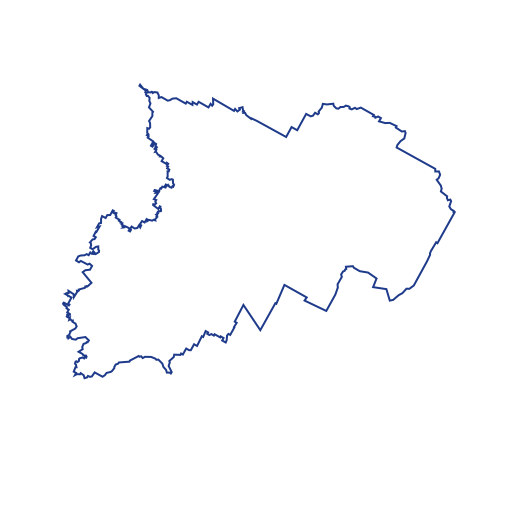 outline of Toowoomba, Queensland, Australia, rotated 201°
{"feature_id": "25037944B99590448240631", "entity_name": "Toowoomba", "entity_type": "district", "adm_level": 2, "iso_a3": "AUS", "parent_name": "Australia", "parent_adm1": "Queensland", "projection": "mercator", "projection_center": [151.96, -27.48], "detail": "fine", "context": "isolated", "style": "outline", "palette": "blue", "viewbox_px": 512, "rotation_deg": 201, "n_neighbors": 0, "source": "geoboundaries", "source_scale": "gbopen_adm2", "svg_char_len": 6095}
<svg xmlns="http://www.w3.org/2000/svg" viewBox="0 0 512 512"><g transform="rotate(201 256 256)"><path d="M248.1,422.0L247.7,418.1L249.3,413.3L248.4,412.0L249.1,410.4L252.2,410.9L253.1,407.4L255.0,406.0L260.1,406.6L262.6,388.2L269.0,389.1L270.5,377.9L303.4,382.4L309.7,382.9L309.7,382.3L315.5,384.0L317.5,385.7L319.1,385.1L319.1,386.4L319.7,386.3L319.4,387.0L320.2,387.2L321.9,390.1L324.7,388.0L323.5,386.9L325.2,384.3L328.2,385.8L328.5,383.6L352.5,387.5L350.3,382.3L350.8,380.6L352.9,381.8L353.6,377.7L364.8,379.4L365.4,376.2L370.3,377.0L369.5,374.3L375.9,375.2L376.2,373.1L387.0,374.7L390.5,372.9L392.2,370.6L394.1,369.4L401.2,370.5L403.4,368.7L404.4,371.2L406.6,373.3L409.4,372.7L410.7,371.3L411.2,372.0L412.5,371.8L412.8,371.0L415.3,370.2L417.1,372.0L421.1,371.8L425.6,374.4L425.8,373.1L418.1,370.9L418.0,369.1L416.5,368.9L416.7,367.4L415.3,366.2L414.3,366.8L412.0,365.5L411.2,362.6L409.2,360.6L409.2,356.4L403.8,353.7L404.1,352.7L402.9,349.5L404.2,343.7L402.6,342.3L400.9,338.2L401.4,336.5L403.3,336.4L401.7,332.0L399.3,330.7L400.9,330.9L401.2,329.7L399.2,329.4L399.5,327.7L392.9,326.1L393.6,321.3L391.8,321.0L391.1,325.1L389.4,324.8L389.1,322.3L387.5,322.0L387.8,320.3L388.9,320.5L389.1,319.6L387.1,319.3L387.4,317.2L386.8,317.6L383.9,315.5L381.3,315.3L381.4,314.5L379.6,314.8L377.6,314.0L378.1,310.7L373.0,309.9L372.8,311.1L371.0,310.6L371.4,308.1L370.1,307.9L370.4,306.0L367.9,305.6L367.8,303.7L368.9,303.4L367.0,298.7L367.1,296.9L363.9,296.2L362.3,297.5L361.0,297.5L359.5,294.2L358.0,293.1L358.1,291.0L359.0,291.2L359.3,289.5L361.4,289.5L363.4,290.8L363.5,290.1L365.8,290.4L366.0,289.1L364.8,289.0L365.0,287.5L368.3,287.2L368.6,285.0L369.5,285.1L370.0,281.7L374.2,281.3L374.3,280.2L372.8,280.3L372.2,279.8L372.4,279.0L369.8,280.4L371.7,272.5L369.2,272.5L369.5,270.6L368.1,269.4L368.8,268.1L370.5,267.5L370.3,266.7L364.1,264.9L363.6,267.9L362.8,267.7L362.9,266.5L361.6,265.9L360.8,264.0L362.2,262.9L362.9,263.2L363.7,261.4L362.8,260.7L364.0,259.0L362.9,258.7L363.1,257.4L362.2,257.1L363.4,254.0L362.8,253.2L364.6,253.1L365.6,251.8L368.7,251.4L369.8,249.9L370.0,251.1L371.3,251.3L372.0,247.4L374.9,247.8L375.8,243.8L374.2,243.5L374.3,241.2L376.2,242.7L376.8,239.7L379.1,238.2L382.7,238.9L383.1,236.3L382.1,235.7L382.4,233.8L383.9,234.0L383.5,236.3L386.0,236.7L388.9,236.9L389.0,235.7L390.3,235.0L389.9,235.8L391.3,236.0L391.1,237.0L392.7,237.2L392.5,238.7L394.3,238.6L394.2,239.4L396.7,239.8L396.5,240.9L400.7,241.6L400.5,243.1L401.6,243.8L401.6,246.0L402.6,246.0L403.1,245.0L404.9,245.3L404.8,247.1L406.1,247.3L406.8,242.0L409.5,240.9L410.0,237.6L414.0,238.1L413.9,235.0L412.5,231.3L414.1,230.3L414.8,225.8L412.6,227.4L413.6,221.2L414.3,221.3L414.8,216.5L412.3,216.1L412.8,213.9L414.5,212.9L415.9,209.1L414.8,208.8L413.7,206.9L413.7,204.2L411.0,203.8L408.6,207.3L406.7,208.4L405.5,205.4L404.5,204.9L404.0,203.5L406.3,200.4L409.5,202.1L409.8,201.3L408.4,199.7L410.3,199.2L412.0,199.9L412.5,196.8L414.7,197.1L416.4,195.2L420.1,193.5L421.8,191.9L422.4,187.3L419.0,186.7L417.8,188.6L410.1,187.7L408.6,189.2L405.5,188.0L406.1,183.7L410.2,181.6L412.0,178.8L400.0,172.0L402.2,167.6L403.2,167.2L403.1,166.6L404.4,166.4L404.3,165.0L409.5,161.1L409.0,160.3L409.5,159.4L410.6,159.3L410.1,158.4L411.3,152.3L412.6,155.0L418.6,156.3L417.7,154.3L419.4,153.5L418.8,152.3L419.8,152.9L420.5,152.2L413.4,151.1L414.3,144.0L412.8,143.8L413.0,142.8L418.7,143.6L419.1,142.6L418.4,141.7L414.2,140.5L414.1,139.2L411.6,138.8L412.0,135.7L409.0,135.2L408.6,134.5L411.2,133.5L411.0,132.8L409.0,132.8L410.5,132.4L410.8,131.6L409.1,131.3L407.8,132.1L407.5,129.5L406.7,130.5L404.9,129.6L403.9,130.1L403.6,128.8L400.3,128.2L398.2,126.0L398.7,123.5L402.5,119.1L402.0,118.7L402.2,115.3L403.5,113.7L402.9,112.3L402.0,112.7L401.6,112.0L400.5,114.1L398.0,112.6L394.3,113.3L393.1,115.3L386.2,119.2L381.8,117.3L382.3,115.1L383.2,114.9L383.5,113.7L385.5,112.2L385.6,108.7L384.4,106.9L387.3,103.0L382.9,102.4L381.5,101.4L379.0,102.1L378.1,101.3L378.1,100.2L379.6,100.1L379.8,98.8L381.5,99.1L383.8,97.4L384.3,96.4L383.7,94.6L384.6,93.0L386.1,93.3L386.6,92.5L386.4,90.6L385.3,90.2L383.7,87.8L384.7,87.3L384.7,82.7L382.0,82.4L382.3,79.9L380.9,81.5L377.9,82.5L377.7,83.8L374.1,82.9L372.3,80.5L370.2,82.1L369.9,83.8L367.7,83.7L366.1,84.7L364.9,89.5L356.0,88.3L354.4,90.5L353.6,93.3L350.0,95.8L349.2,97.1L348.1,100.5L348.5,101.5L348.1,104.4L346.2,106.0L345.8,107.5L336.3,112.0L336.2,113.2L329.7,120.6L328.7,120.2L327.2,121.2L325.2,120.1L323.5,122.1L317.7,124.2L313.1,124.1L311.9,123.4L310.0,124.3L304.9,122.0L302.5,119.1L299.2,117.5L297.4,115.2L294.6,116.3L293.4,115.8L293.1,117.4L298.1,122.0L298.4,125.9L299.3,126.9L296.6,132.1L297.0,134.6L291.1,136.6L291.0,138.1L289.0,137.8L288.0,144.6L284.7,144.1L283.1,144.7L282.2,151.4L278.8,150.9L277.8,161.7L276.3,161.5L276.1,167.9L273.3,167.5L273.6,165.9L271.2,165.5L269.7,167.1L266.8,166.6L266.6,168.1L260.3,167.2L260.2,168.3L256.9,167.8L257.3,165.0L253.3,164.4L253.2,166.9L254.5,171.4L253.8,173.4L251.8,173.1L250.6,181.5L251.1,181.7L250.1,186.7L252.3,187.1L250.2,205.8L225.4,188.3L221.0,218.9L219.9,218.7L219.1,239.2L193.8,235.5L194.7,231.8L170.7,229.9L168.1,248.4L168.3,255.8L169.7,258.8L168.4,267.3L169.9,269.2L169.2,272.7L167.9,274.0L167.9,275.4L167.1,276.2L168.2,278.2L161.9,281.2L160.4,280.1L153.7,279.0L145.5,280.7L135.4,278.2L135.5,268.9L122.4,271.8L115.1,262.3L112.2,264.2L108.8,270.5L106.0,273.8L103.8,279.4L101.1,280.3L98.1,285.0L94.4,312.6L93.9,319.6L94.5,320.6L94.5,323.2L92.7,333.4L91.2,333.0L86.2,368.1L87.5,368.0L87.6,369.0L90.8,369.5L93.3,371.5L93.5,377.1L94.8,378.3L96.8,376.8L98.6,378.6L98.9,380.2L106.5,382.5L106.8,385.4L108.7,388.0L114.6,391.9L113.4,394.0L113.2,397.8L115.5,400.5L118.9,399.2L119.9,401.6L163.6,407.7L163.8,410.3L162.2,415.1L159.7,418.9L160.4,424.4L161.7,425.9L164.5,424.5L171.5,426.0L171.3,427.6L178.9,428.2L182.9,426.4L189.4,425.8L188.8,429.5L192.0,430.0L194.1,427.9L194.7,428.7L196.8,428.4L196.5,429.9L211.3,432.1L214.6,429.3L216.7,429.8L219.2,427.2L221.6,427.2L221.8,428.5L223.3,428.9L226.0,428.6L227.5,426.6L230.5,425.4L231.8,423.1L233.9,422.6L237.3,424.1L238.4,425.9L244.1,422.9L248.1,422.0Z" fill="none" stroke="#1e3a8a" stroke-width="2"/></g></svg>